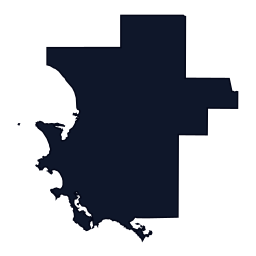 the district of Streaky Bay, South Australia, Australia
{"feature_id": "25037944B67387382130548", "entity_name": "Streaky Bay", "entity_type": "district", "adm_level": 2, "iso_a3": "AUS", "parent_name": "Australia", "parent_adm1": "South Australia", "projection": "albers", "projection_center": [134.306, -32.738], "detail": "fine", "context": "isolated", "style": "filled", "palette": "ink", "viewbox_px": 256, "rotation_deg": 0, "n_neighbors": 0, "source": "geoboundaries", "source_scale": "gbopen_adm2", "svg_char_len": 5718}
<svg xmlns="http://www.w3.org/2000/svg" viewBox="0 0 256 256"><path d="M47.1,64.7L50.2,65.5L54.4,68.0L55.2,68.0L59.1,71.0L63.6,76.6L64.9,77.5L66.4,80.4L72.7,87.7L74.9,92.1L76.5,97.9L77.0,107.8L77.6,109.1L79.2,109.7L79.8,110.9L79.8,111.8L79.3,113.6L78.0,114.9L77.9,116.6L78.7,116.4L79.1,117.3L78.5,119.4L77.6,119.4L77.3,120.9L76.4,120.8L75.7,121.6L75.7,122.7L74.8,124.7L73.0,127.7L69.9,130.0L69.8,132.2L68.1,133.2L67.9,133.7L68.4,135.6L68.2,137.1L67.5,137.8L66.5,137.9L66.3,139.3L64.6,140.5L62.2,140.8L61.6,140.6L60.9,139.5L61.1,136.9L60.3,135.3L60.3,133.9L61.7,131.8L61.5,131.1L62.5,130.3L62.2,129.7L62.0,130.3L61.1,130.3L60.2,129.5L60.3,129.1L60.8,129.6L60.3,128.7L58.9,128.9L58.0,128.3L57.9,128.7L57.3,128.4L57.8,128.1L55.6,127.6L53.8,125.7L53.4,124.7L54.5,125.3L56.1,124.9L56.8,125.2L56.5,125.4L58.0,125.7L59.2,125.4L58.0,125.2L59.4,124.6L59.3,125.1L59.6,125.3L65.0,126.2L63.6,125.7L63.1,125.0L59.0,124.4L58.8,123.9L57.4,123.4L54.3,124.1L51.6,123.7L47.5,124.3L47.2,123.8L44.8,124.1L43.5,123.6L42.8,122.6L41.6,122.0L39.9,121.5L39.0,122.3L38.1,122.1L38.1,122.5L36.8,122.8L37.0,123.0L36.6,123.3L36.8,123.8L36.1,124.4L36.5,124.9L36.3,125.4L37.0,125.3L36.9,126.1L37.9,126.4L37.7,127.1L38.5,127.6L38.5,128.3L40.0,128.9L39.9,129.3L41.8,130.6L43.1,131.9L47.2,138.3L49.7,144.5L49.9,146.2L50.7,148.7L50.7,150.4L50.4,151.1L49.9,151.2L49.8,153.6L49.5,154.2L48.3,154.7L46.7,156.8L44.2,157.1L43.4,156.6L43.0,156.9L43.4,158.4L42.8,159.1L42.2,159.3L41.4,158.9L38.2,160.3L38.3,160.8L39.1,161.1L39.7,162.8L39.6,163.7L39.1,164.0L39.0,165.2L38.0,166.0L36.3,165.2L36.1,165.5L36.9,166.3L38.4,166.8L38.6,167.7L40.1,168.0L40.1,168.6L39.6,169.0L40.0,169.8L40.6,169.4L42.0,169.7L42.4,168.9L43.0,168.5L43.0,167.9L44.8,166.6L47.1,167.1L49.0,169.7L49.1,170.6L48.0,171.0L49.5,171.6L49.4,172.0L49.9,171.9L50.2,173.0L51.3,173.7L52.1,172.9L52.0,172.3L51.4,172.5L51.1,171.9L51.5,170.4L52.2,169.8L54.3,169.3L58.1,170.8L60.2,173.2L62.6,177.9L63.2,180.9L63.2,185.0L62.5,187.3L60.4,189.5L56.2,188.1L55.1,188.7L54.5,188.6L53.3,189.5L51.2,189.6L50.8,190.1L50.9,190.5L51.7,191.0L51.5,191.4L52.1,191.6L52.0,192.0L52.7,191.8L52.4,192.5L53.1,192.9L53.1,193.2L53.5,193.3L53.8,193.9L54.5,193.9L55.0,195.2L55.5,195.0L55.8,195.3L55.9,196.5L56.5,197.3L56.3,197.5L56.3,198.5L57.2,197.3L57.1,196.6L57.7,196.4L58.6,197.1L59.4,196.6L59.7,195.9L59.1,195.3L60.8,193.9L62.8,194.0L64.0,194.9L65.9,195.1L66.6,194.9L68.0,195.8L69.2,197.4L69.2,199.1L69.7,199.3L70.1,200.1L69.6,201.2L70.0,201.7L70.0,202.4L70.8,203.0L71.3,203.8L71.3,204.8L71.6,204.8L71.1,205.5L71.7,205.6L71.6,206.0L72.2,206.2L72.1,207.0L73.3,207.1L73.8,207.9L73.9,210.0L73.4,210.6L74.3,213.2L74.7,216.8L74.2,217.5L74.4,217.8L74.2,218.5L73.6,218.8L73.5,220.0L74.6,220.7L75.6,222.4L76.8,222.3L76.8,222.8L77.4,222.6L78.6,223.3L79.3,224.6L80.0,225.2L80.5,225.1L80.5,225.7L84.0,227.6L84.3,228.0L83.9,228.7L84.1,229.2L85.5,229.5L86.2,230.4L87.6,230.1L90.5,228.4L89.8,226.1L89.3,225.6L89.2,224.3L89.7,222.9L89.2,222.1L90.7,221.0L90.2,221.0L89.3,221.9L89.5,221.4L91.7,219.6L91.8,219.0L90.5,216.9L89.7,217.2L87.9,216.7L85.8,215.4L85.3,214.5L84.0,213.9L84.9,212.3L84.2,212.0L84.4,212.4L84.0,212.3L83.2,211.0L81.9,211.1L79.5,212.4L76.9,209.9L77.2,209.0L78.0,208.4L77.2,208.4L74.6,205.6L74.0,204.6L73.6,202.3L73.9,199.4L75.0,198.7L75.9,198.9L76.0,198.4L77.1,197.9L77.5,197.3L76.5,197.1L75.6,195.5L76.9,194.1L75.8,193.6L74.8,194.1L74.2,193.2L75.0,192.3L75.9,192.1L76.3,191.6L77.3,191.6L77.9,192.4L78.1,193.9L77.4,194.4L77.4,194.8L78.7,194.5L79.7,194.9L80.8,197.0L80.7,198.0L79.7,198.5L79.0,199.5L79.8,201.9L79.5,202.9L80.7,203.9L82.2,205.8L85.4,206.2L87.1,208.0L88.3,211.1L89.8,212.8L91.8,213.9L93.7,225.2L96.8,224.5L97.4,225.5L97.4,224.9L98.0,224.6L97.6,223.7L98.0,223.0L99.7,221.7L100.8,221.5L102.4,219.2L105.9,218.4L108.4,218.7L109.0,218.2L112.0,219.7L112.9,220.6L114.2,220.1L117.3,221.0L117.5,221.6L118.2,221.5L119.3,222.0L120.7,223.4L120.8,224.0L123.0,225.1L123.8,225.0L124.5,225.6L124.5,226.3L124.9,226.0L125.0,226.5L125.8,226.3L126.5,227.0L126.3,227.6L126.8,227.7L127.0,228.3L127.7,228.1L127.7,228.5L129.4,228.9L129.7,229.3L130.8,228.7L131.8,228.8L132.4,229.6L133.2,229.8L134.5,231.5L135.9,231.3L136.0,232.1L136.6,232.1L136.2,233.0L137.3,233.7L137.7,234.5L138.4,234.5L138.4,235.2L138.8,235.2L138.7,235.6L139.1,235.6L140.1,236.7L140.0,237.2L141.0,237.9L142.1,239.5L142.4,240.6L143.2,239.4L143.2,238.2L144.2,237.8L144.6,237.0L144.2,236.5L144.5,236.1L146.4,235.8L147.9,236.6L148.4,236.1L148.5,235.3L148.3,234.9L146.6,234.9L146.4,234.8L146.7,234.6L144.5,235.4L143.3,234.8L142.5,233.7L142.6,232.9L141.1,230.0L142.1,229.5L143.4,230.4L145.0,229.5L145.5,229.6L144.7,229.2L144.4,228.5L144.4,226.9L143.7,226.4L143.1,228.2L141.3,229.6L139.2,228.2L137.9,230.0L136.4,229.8L132.3,228.2L131.8,227.4L132.0,226.6L131.1,225.8L129.2,223.1L129.0,222.0L132.7,219.9L134.7,217.3L135.8,217.0L136.9,217.5L147.6,217.6L177.9,217.0L178.2,134.5L207.1,134.7L207.3,108.0L237.5,108.2L237.6,91.8L236.5,91.6L234.5,92.3L233.5,91.6L231.8,91.5L229.1,78.6L185.2,78.4L185.4,16.6L184.5,16.5L183.3,15.4L120.9,15.4L120.9,47.6L47.1,47.7L47.1,64.7ZM149.0,233.7L149.4,234.4L151.0,234.4L151.5,233.6L150.9,234.0L151.5,233.5L151.9,232.4L151.6,232.7L151.3,231.5L149.9,231.2L150.3,232.5L149.4,232.7L149.0,233.5L149.0,232.8L149.0,233.3L149.0,233.7ZM76.3,114.3L76.1,113.6L75.3,114.1L73.6,113.6L73.4,114.6L75.0,114.9L75.4,115.4L76.6,115.3L77.1,114.9L76.3,114.3ZM137.7,223.6L136.7,223.9L137.3,224.2L138.5,224.0L137.7,223.6ZM77.5,204.2L78.2,204.6L78.4,203.6L77.6,203.8L77.5,204.2ZM18.4,124.5L19.0,124.7L19.3,123.9L18.6,123.9L18.4,124.5ZM141.0,226.0L141.2,226.7L142.0,226.7L141.5,226.0L141.0,226.0ZM92.8,227.7L93.5,227.3L93.5,226.6L93.1,226.9L92.8,227.7ZM76.5,118.5L76.8,118.5L77.3,118.3L76.8,118.0L76.5,118.5Z" fill="#0f172a" stroke="#020617" stroke-width="1.5"/></svg>